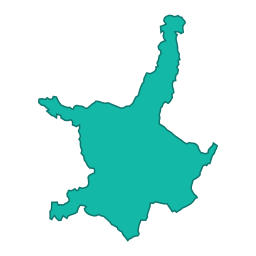 Marilândia do Sul, Paraná, Brazil
{"feature_id": "56859067B82853827773074", "entity_name": "Marilândia do Sul", "entity_type": "district", "adm_level": 2, "iso_a3": "BRA", "parent_name": "Brazil", "parent_adm1": "Paraná", "projection": "natural_earth1", "projection_center": [-51.292, -23.743], "detail": "fine", "context": "isolated", "style": "filled", "palette": "teal", "viewbox_px": 256, "rotation_deg": 0, "n_neighbors": 0, "source": "geoboundaries", "source_scale": "gbopen_adm2", "svg_char_len": 3938}
<svg xmlns="http://www.w3.org/2000/svg" viewBox="0 0 256 256"><path d="M160.8,42.7L158.2,46.4L158.8,49.1L160.6,50.7L161.0,53.6L159.1,56.1L158.8,58.1L158.3,60.5L157.1,62.7L158.0,66.4L155.9,67.0L156.2,69.2L154.7,71.3L152.5,72.7L150.2,73.7L146.6,73.0L145.5,75.5L144.0,78.6L143.8,81.8L142.3,83.7L140.9,86.7L140.0,89.3L138.9,93.2L138.3,95.7L135.9,97.0L134.1,100.5L133.0,103.1L130.1,105.8L128.3,106.2L126.0,106.3L123.6,107.9L120.7,108.1L116.4,106.3L108.2,102.9L104.3,103.3L102.0,102.6L100.4,102.0L97.7,101.3L95.7,101.3L94.4,102.8L92.4,103.9L90.1,105.9L87.4,108.3L84.8,108.1L83.2,106.7L81.2,106.2L79.2,106.0L76.7,105.4L74.3,106.5L73.2,109.3L71.5,108.7L69.9,107.3L68.0,107.6L65.1,106.8L61.3,105.2L59.0,102.3L57.6,99.7L56.5,97.1L53.4,96.5L52.3,99.0L49.9,99.5L47.1,97.8L45.6,99.3L43.9,99.2L42.0,98.7L39.0,99.2L38.8,102.6L41.4,105.0L44.4,105.7L46.3,107.6L49.0,109.7L46.8,111.0L48.8,112.8L51.6,115.4L53.6,115.9L56.5,117.9L56.8,114.1L59.1,114.9L60.9,115.6L61.0,117.9L65.1,120.4L68.0,120.5L71.0,119.8L72.7,121.8L72.5,124.9L74.6,125.7L76.3,126.6L77.9,125.7L79.6,125.0L79.6,128.2L78.5,131.1L80.2,134.9L80.3,137.0L79.0,139.3L80.3,140.9L80.4,143.1L80.4,145.4L81.0,147.9L82.0,150.5L81.1,153.2L83.7,156.1L84.4,160.1L86.3,162.7L87.5,165.4L89.6,167.9L91.9,168.2L94.1,168.4L94.6,170.6L94.6,172.8L92.7,173.6L90.8,174.5L89.1,175.6L88.1,177.3L88.6,180.8L88.7,183.8L87.5,186.4L85.5,187.5L82.8,188.3L79.3,187.5L78.5,189.8L76.7,190.6L74.9,188.8L72.6,190.2L70.8,190.8L68.8,190.3L67.1,193.6L67.3,196.2L68.9,198.1L69.2,200.8L67.1,202.9L65.2,203.6L63.2,205.1L60.3,204.7L58.2,205.1L57.1,202.1L55.1,202.3L51.8,202.3L51.7,206.8L51.3,209.9L50.0,211.4L50.1,214.3L50.1,218.7L51.8,219.5L53.0,217.2L54.5,215.6L56.5,218.4L58.8,220.5L61.1,220.2L61.7,218.2L63.2,215.8L65.2,217.2L66.9,218.4L68.1,216.0L70.4,214.9L72.3,214.3L75.0,213.4L77.1,212.0L78.2,208.1L80.2,205.1L82.4,205.5L84.2,205.6L86.2,206.7L84.4,208.9L85.1,210.9L87.1,213.2L89.1,214.4L91.5,215.2L94.2,215.9L96.8,215.5L98.8,214.5L100.8,215.7L103.7,216.3L105.9,218.2L108.0,220.1L109.9,221.9L111.7,224.5L113.6,225.3L115.3,226.3L117.3,227.4L118.0,229.4L120.0,230.9L121.8,231.7L123.3,235.0L125.5,237.4L127.7,240.6L129.5,238.9L131.3,238.1L133.1,236.8L135.6,236.0L137.9,235.7L139.0,234.0L138.0,230.7L138.9,225.5L139.6,223.6L140.9,220.1L143.8,220.2L145.8,220.2L147.4,217.1L147.3,214.6L149.9,206.7L150.3,202.9L153.0,203.4L155.5,201.8L162.9,203.6L167.2,203.9L172.4,211.7L174.6,210.7L176.5,212.2L178.3,210.9L180.4,209.8L182.0,208.2L184.1,207.3L186.5,206.2L190.6,203.8L192.9,201.7L195.2,198.4L197.2,197.6L196.0,195.7L194.4,194.5L192.6,191.9L191.2,188.9L191.4,185.7L192.5,182.4L192.8,180.4L194.3,179.3L196.0,178.4L198.6,176.5L200.0,174.9L200.1,172.4L201.8,168.7L202.5,166.4L204.7,164.8L206.7,165.5L208.0,163.5L209.9,163.5L210.8,160.4L212.2,155.9L214.3,153.3L215.1,150.7L216.3,148.6L217.2,145.7L215.7,144.7L213.4,143.0L212.6,145.6L210.7,147.3L208.5,149.9L208.1,152.9L205.1,153.8L202.6,152.9L200.8,152.7L198.8,149.2L198.0,146.5L196.6,144.6L194.4,143.4L191.7,143.1L189.3,142.7L186.6,143.8L183.6,142.2L181.8,140.5L180.3,139.6L177.9,137.9L174.5,135.6L171.6,132.9L169.3,131.3L167.0,130.0L164.1,126.8L161.3,125.1L159.6,124.3L159.1,121.4L159.9,117.9L159.2,114.9L160.3,111.1L160.7,108.0L162.3,106.3L162.8,104.2L165.1,101.8L168.2,103.3L170.2,101.3L172.4,97.4L171.9,94.2L173.8,92.5L173.4,89.8L172.4,86.4L172.4,83.5L173.4,80.9L175.7,80.6L175.3,77.7L176.0,75.2L177.6,73.4L178.3,69.9L176.8,67.0L178.8,64.3L178.1,60.5L179.9,59.6L179.0,56.9L179.2,53.9L177.6,50.9L177.6,47.5L177.3,45.4L176.8,42.8L176.1,39.8L176.1,36.8L177.3,34.8L175.8,33.7L174.9,31.8L177.5,31.8L179.4,32.2L180.9,33.6L183.3,32.2L182.8,28.7L182.8,26.4L184.0,24.3L185.2,22.8L184.6,20.9L183.1,19.6L181.9,17.4L179.4,16.9L178.1,15.6L175.7,16.5L173.8,16.7L172.1,15.7L169.2,15.4L166.5,16.4L164.6,17.8L163.8,20.7L166.1,24.1L163.4,25.4L160.5,26.4L161.0,32.4L162.4,31.0L164.1,32.4L163.2,36.0L163.9,38.4L165.6,40.7L163.0,41.5L160.8,42.7Z" fill="#14b8a6" stroke="#0f766e" stroke-width="1.5"/></svg>